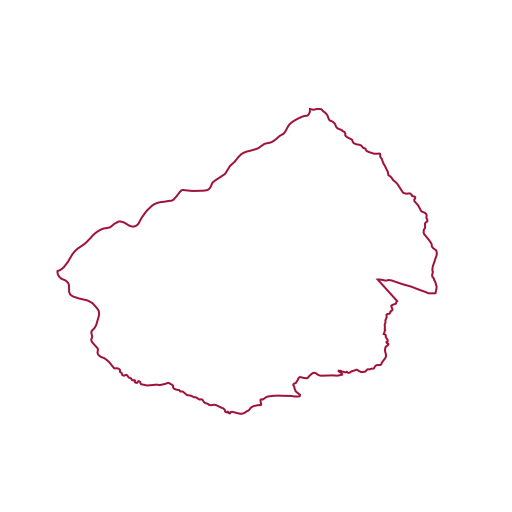 Tarso, Antioquia, Colombia, rotated 290°
{"feature_id": "7082276B41921271459281", "entity_name": "Tarso", "entity_type": "district", "adm_level": 2, "iso_a3": "COL", "parent_name": "Colombia", "parent_adm1": "Antioquia", "projection": "robinson", "projection_center": [-75.833, 5.874], "detail": "fine", "context": "isolated", "style": "outline", "palette": "rose", "viewbox_px": 512, "rotation_deg": 290, "n_neighbors": 0, "source": "geoboundaries", "source_scale": "gbopen_adm2", "svg_char_len": 6088}
<svg xmlns="http://www.w3.org/2000/svg" viewBox="0 0 512 512"><g transform="rotate(290 256 256)"><path d="M377.0,237.2L372.5,234.8L369.2,232.5L367.7,231.0L364.9,226.5L363.9,225.3L358.4,221.5L357.0,220.1L353.3,215.1L351.2,211.9L349.1,209.4L346.9,207.5L343.0,205.6L337.2,203.7L331.8,200.8L323.5,199.1L321.9,198.4L312.9,191.7L310.7,190.4L309.3,189.9L305.9,189.8L303.8,189.3L302.3,188.6L301.1,187.4L299.8,185.2L296.5,177.0L295.2,173.4L292.9,164.3L292.1,163.5L290.7,162.7L285.1,161.0L280.5,159.1L279.1,157.8L277.9,155.1L275.8,151.6L273.9,147.7L271.8,144.7L269.6,142.4L267.4,140.9L261.7,138.1L259.7,137.4L253.1,135.5L246.3,134.5L244.4,133.7L242.9,132.5L241.7,130.9L241.3,129.2L241.2,127.4L241.3,125.6L242.3,121.2L242.3,119.3L242.1,116.8L241.4,115.1L237.8,111.9L233.2,109.2L231.6,106.9L230.0,103.9L228.3,101.6L225.2,99.0L222.7,97.3L219.7,95.7L216.2,94.3L210.6,91.8L207.9,90.2L202.1,86.0L198.2,84.0L194.7,82.8L186.3,81.3L179.9,79.3L176.9,77.6L175.3,76.3L174.0,74.6L172.6,75.1L170.8,76.2L169.1,78.3L168.0,81.2L168.0,83.3L167.9,85.1L167.1,87.4L166.2,88.9L164.8,90.1L158.8,92.5L157.6,93.3L156.1,94.9L155.4,97.6L155.5,104.0L156.5,111.7L156.5,113.6L156.1,116.4L155.7,118.6L153.6,122.6L152.2,125.0L150.5,127.1L147.7,128.5L146.1,128.8L137.3,129.4L135.2,129.3L133.7,129.0L132.3,128.6L130.1,127.5L129.1,127.2L128.3,127.3L126.7,128.0L124.5,129.6L123.2,129.8L121.4,129.7L120.6,130.0L119.7,130.6L118.7,131.9L115.1,138.7L114.0,139.5L111.1,140.1L110.1,140.7L109.0,142.0L108.3,143.9L108.1,145.0L108.1,148.5L107.0,152.1L105.8,154.8L101.9,161.2L103.0,163.9L103.1,165.2L102.8,166.4L102.4,167.2L100.7,167.8L100.5,168.1L100.3,169.5L98.6,170.9L98.3,171.5L98.4,173.0L99.6,174.1L99.9,174.6L99.9,175.3L99.6,176.1L98.9,176.9L98.3,178.2L98.2,180.6L97.1,181.8L97.2,183.0L97.8,184.4L97.3,185.0L96.4,185.0L96.1,185.4L95.8,186.0L96.0,187.3L96.2,187.7L96.5,187.9L97.5,187.9L98.0,188.2L98.3,188.7L98.1,190.1L97.8,190.5L97.1,190.8L96.6,191.3L96.2,192.1L96.8,195.6L96.9,197.4L97.9,199.8L100.9,206.1L101.2,206.8L101.7,209.6L104.8,214.5L106.8,216.8L106.8,218.6L106.5,219.3L106.3,220.9L105.9,222.3L104.1,223.1L103.2,224.5L103.2,227.0L103.7,229.9L102.8,231.2L103.5,233.0L103.5,233.8L101.8,238.4L101.8,239.2L102.5,242.7L102.1,246.3L102.7,247.8L102.5,249.0L102.1,249.6L102.1,251.1L101.8,252.0L102.1,252.8L102.7,253.6L102.7,254.3L102.5,255.0L100.9,257.0L100.5,258.6L100.6,261.3L100.5,261.9L100.0,262.8L100.3,264.6L102.0,267.6L102.2,269.9L101.6,276.0L101.6,277.5L100.8,279.1L100.3,279.6L99.5,280.0L98.9,280.9L99.1,282.0L100.0,282.5L100.0,282.9L99.7,283.8L99.1,284.0L99.0,284.9L99.2,285.3L99.5,285.5L100.4,285.5L101.0,286.1L101.5,287.1L102.0,292.6L102.4,295.4L103.0,296.7L104.1,298.3L104.9,299.1L106.7,300.2L108.4,302.0L111.3,302.9L112.1,303.3L113.4,304.4L114.6,305.8L116.6,309.0L117.5,311.5L118.4,311.6L121.4,309.8L122.0,309.5L122.6,309.5L123.2,310.0L123.4,311.4L126.6,313.7L127.9,315.0L130.6,320.2L132.5,324.9L134.5,331.1L136.5,336.8L137.2,340.3L138.3,343.6L139.1,344.9L139.6,345.1L140.6,344.8L142.4,339.6L144.5,337.7L146.5,336.4L147.6,335.1L148.6,335.1L149.2,335.5L150.1,336.8L153.1,337.5L156.0,337.8L157.1,338.5L157.4,339.3L157.8,342.9L158.7,346.1L161.4,347.1L164.3,348.6L165.5,349.5L165.9,350.1L166.4,351.5L166.3,352.2L165.5,355.1L165.6,357.5L166.1,359.0L170.0,368.7L171.1,372.6L171.7,374.0L173.9,377.5L174.1,377.6L174.8,376.8L175.4,375.6L175.9,373.1L176.2,372.9L176.6,373.0L177.0,374.8L176.9,376.7L177.2,379.8L178.3,381.0L177.7,382.2L177.8,382.9L178.6,384.1L180.2,385.1L181.7,387.2L183.5,389.2L183.6,390.3L183.1,392.0L182.9,394.5L184.0,396.9L184.7,398.1L185.2,398.5L186.5,398.9L187.6,399.5L188.5,401.8L189.0,402.2L189.7,403.2L190.2,404.7L190.9,405.3L192.9,405.6L193.7,405.9L194.5,406.5L195.1,407.5L196.1,410.0L197.0,410.8L198.8,410.7L204.4,412.4L205.9,412.5L207.5,412.0L211.0,409.7L211.8,409.3L214.6,408.9L215.4,409.1L217.1,410.4L217.7,410.6L218.3,410.6L218.7,410.4L218.8,409.1L219.4,408.2L219.9,408.0L220.6,408.9L221.6,408.7L222.3,408.3L223.9,406.0L224.5,405.5L225.3,405.4L226.0,404.9L226.5,403.6L226.3,402.7L226.6,402.6L227.7,402.8L230.3,402.5L230.5,402.7L231.9,401.7L232.9,401.6L235.5,400.4L237.7,400.4L239.8,399.6L243.3,399.7L245.5,398.7L246.3,399.2L247.5,401.2L248.9,401.6L249.8,401.3L250.2,401.4L251.0,402.3L252.1,402.6L252.5,402.6L255.0,400.3L255.8,400.3L256.5,400.7L259.0,403.7L260.8,403.7L261.9,404.1L275.5,378.4L276.1,379.8L276.7,382.6L277.1,385.7L277.5,386.9L278.8,388.8L279.4,391.8L279.6,403.2L280.3,412.0L280.1,421.5L280.2,426.7L280.0,430.6L280.1,431.3L281.8,436.1L282.5,437.4L287.8,436.6L289.1,436.1L292.6,433.6L293.5,432.8L294.6,431.4L295.8,430.8L296.5,429.2L297.2,428.6L298.6,427.9L299.8,427.9L301.6,427.6L303.1,426.5L306.5,425.7L319.0,425.4L320.8,424.8L322.5,423.8L323.0,423.1L324.1,419.5L325.1,418.0L327.0,417.1L328.2,415.9L330.3,412.9L334.1,406.5L335.5,405.4L338.2,404.7L339.9,405.2L340.6,405.2L343.9,403.8L345.3,403.9L347.2,405.1L347.6,405.1L348.7,404.5L350.2,403.0L352.4,402.5L353.1,402.1L353.9,401.2L354.4,399.6L354.5,396.5L354.7,395.9L359.0,391.1L361.7,386.1L363.0,385.4L363.5,385.5L364.3,385.8L365.4,385.7L365.8,385.4L366.0,384.9L365.8,382.3L365.9,381.8L366.7,381.4L367.3,380.0L367.4,379.2L367.3,378.7L366.1,376.3L365.8,375.0L365.7,373.0L365.9,372.4L367.6,370.0L370.0,367.0L372.1,364.1L373.1,362.2L374.2,358.9L375.8,356.8L376.8,354.7L377.2,352.8L380.1,351.1L384.9,346.1L386.6,344.0L390.3,340.9L391.5,339.2L392.2,338.5L393.5,338.2L394.5,337.5L394.4,336.6L393.4,334.6L392.5,332.0L392.3,326.5L392.5,324.2L393.2,323.0L394.2,322.3L394.4,321.5L394.2,320.0L395.8,317.0L395.9,315.3L395.3,312.3L395.4,309.7L395.7,308.8L396.4,307.9L398.0,306.6L398.2,306.1L398.8,301.0L399.4,299.3L399.9,298.6L401.5,298.1L402.7,296.9L402.9,296.1L403.0,294.6L403.6,293.7L403.8,289.1L404.3,287.8L405.2,286.7L407.1,285.1L407.8,283.8L408.3,282.5L408.5,281.5L408.6,279.0L409.0,278.2L409.8,277.3L412.5,275.1L413.5,273.7L414.4,271.8L415.1,269.4L416.1,267.6L416.2,266.7L415.1,263.1L413.1,260.1L412.6,256.4L409.9,257.3L407.8,257.2L406.5,256.9L405.6,256.3L404.9,255.3L404.4,254.1L402.8,251.8L400.5,249.4L396.7,246.0L394.0,244.0L391.3,242.5L388.7,241.8L382.7,240.9L380.3,240.1L377.0,237.2Z" fill="none" stroke="#9f1239" stroke-width="2"/></g></svg>